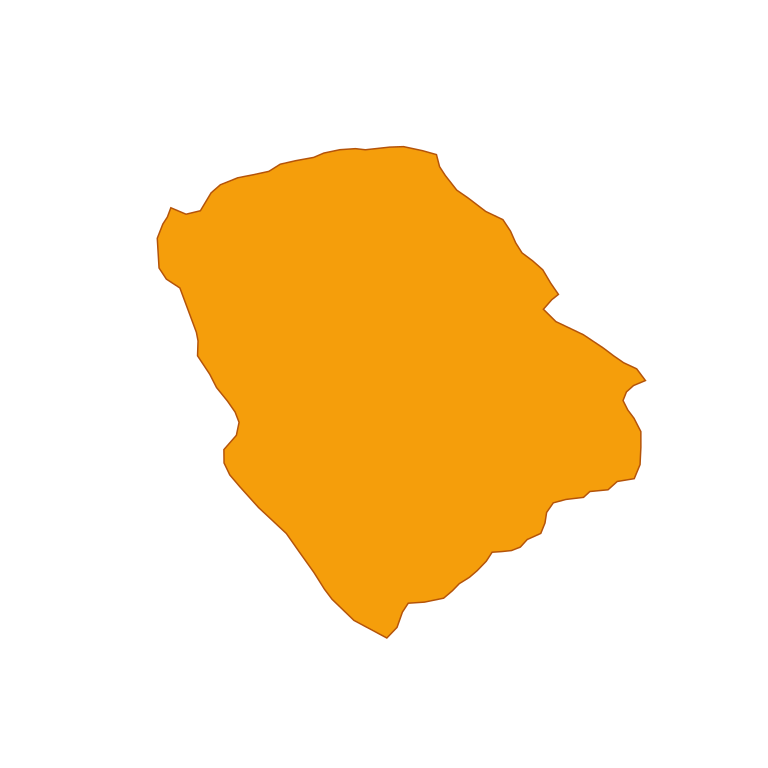 outline of Santa Clara d'Oeste, São Paulo, Brazil, rotated 294°
{"feature_id": "56859067B75197166096167", "entity_name": "Santa Clara d'Oeste", "entity_type": "district", "adm_level": 2, "iso_a3": "BRA", "parent_name": "Brazil", "parent_adm1": "São Paulo", "projection": "equal_earth", "projection_center": [-50.906, -20.066], "detail": "fine", "context": "isolated", "style": "filled", "palette": "amber", "viewbox_px": 768, "rotation_deg": 294, "n_neighbors": 0, "source": "geoboundaries", "source_scale": "gbopen_adm2", "svg_char_len": 1395}
<svg xmlns="http://www.w3.org/2000/svg" viewBox="0 0 768 768"><g transform="rotate(294 384 384)"><path d="M155.8,452.7L153.1,489.9L167.0,494.9L183.1,493.6L193.6,495.3L201.2,509.7L212.6,525.6L223.0,530.6L232.3,534.0L242.2,540.7L251.3,545.0L263.7,549.5L274.3,551.2L278.9,559.9L283.7,568.2L290.5,574.9L300.2,578.1L311.3,588.0L322.5,587.6L332.8,584.8L344.3,587.0L352.5,597.1L361.6,612.4L369.5,615.8L378.5,631.7L389.8,636.7L399.3,651.1L414.5,650.7L430.7,644.4L445.0,638.0L454.4,626.3L459.4,617.3L466.1,609.1L475.4,608.7L484.1,612.6L493.5,621.4L500.6,608.7L500.9,594.1L503.2,582.0L506.0,570.0L510.1,546.1L510.9,515.7L517.1,499.2L529.3,503.0L536.8,506.9L543.9,495.3L552.9,482.6L556.9,469.9L559.9,456.8L566.5,446.9L575.1,437.4L582.5,425.8L583.0,406.8L588.1,385.3L590.7,371.6L599.4,355.2L605.1,346.4L614.9,338.6L612.8,324.2L608.8,305.3L602.7,292.8L590.4,271.7L587.4,262.2L580.1,248.4L570.5,235.1L562.4,227.6L552.1,212.5L542.6,199.8L531.4,192.3L521.6,178.9L513.0,166.6L499.5,153.5L488.3,148.3L467.6,145.8L458.6,134.1L458.3,117.6L448.4,118.2L440.2,116.9L424.9,117.6L398.5,131.3L391.3,142.5L388.7,158.5L354.9,191.6L347.7,196.6L333.9,202.2L322.0,220.9L312.6,232.5L304.7,248.0L297.8,259.4L290.0,267.2L277.1,270.0L259.0,264.4L246.8,270.0L238.2,280.1L231.4,294.3L220.1,319.7L207.7,355.6L196.5,374.3L183.4,396.5L172.3,413.1L166.2,424.1L155.8,452.7Z" fill="#f59e0b" stroke="#b45309" stroke-width="1.5"/></g></svg>